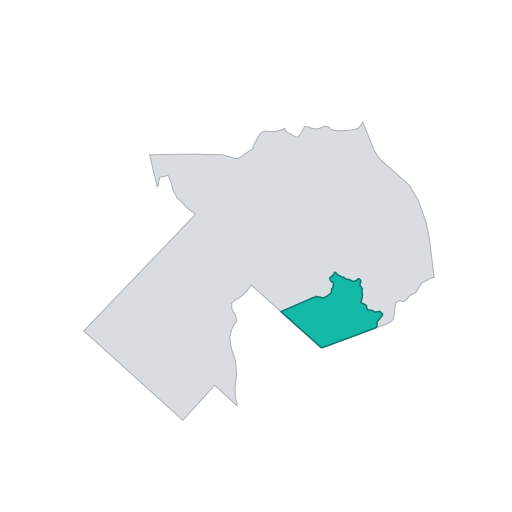 where Huehuetenango sits in Guatemala, rotated 222°
{"feature_id": "GTM-1943", "entity_name": "Huehuetenango", "entity_type": "Department", "adm_level": 1, "iso_a3": "GTM", "parent_name": "Guatemala", "parent_adm1": "", "projection": "robinson", "projection_center": [-91.471, 15.613], "detail": "fine", "context": "in_parent", "style": "filled", "palette": "teal", "viewbox_px": 512, "rotation_deg": 222, "n_neighbors": 0, "source": "natural_earth", "source_scale": "10m", "svg_char_len": 3203}
<svg xmlns="http://www.w3.org/2000/svg" viewBox="0 0 512 512"><g transform="rotate(222 256 256)"><path d="M109.2,359.2L111.2,357.1L112.8,352.1L114.8,347.0L113.6,341.1L112.8,336.3L115.1,329.4L114.9,324.1L115.9,320.9L119.3,318.8L121.0,314.9L111.6,301.2L111.6,298.0L112.8,294.2L120.5,279.5L129.7,262.1L139.8,242.9L145.9,231.4L168.0,231.4L182.7,231.3L201.3,231.3L221.5,231.3L234.8,231.3L240.2,231.2L239.3,223.7L240.0,215.3L242.4,207.8L242.4,204.5L238.4,200.4L230.8,198.0L226.5,194.4L226.5,189.9L224.6,184.4L220.9,177.9L213.2,171.3L201.5,164.5L191.5,155.4L183.3,144.0L176.4,136.7L171.0,133.6L169.8,132.0L185.4,132.1L200.2,132.3L200.3,115.9L200.4,101.4L200.5,85.0L227.3,85.0L259.3,85.0L292.5,85.1L318.5,85.1L333.9,85.1L333.2,105.5L332.5,129.0L331.9,146.3L331.2,169.4L330.5,193.1L329.5,225.3L328.8,246.1L329.2,246.6L337.9,245.6L350.8,246.5L354.0,246.4L357.9,248.2L361.0,248.8L367.6,253.5L375.3,257.0L380.2,249.9L377.6,245.6L375.6,243.4L375.9,241.4L402.8,260.0L399.6,262.8L392.8,269.5L380.5,280.8L369.5,290.9L358.8,300.0L349.3,308.3L348.1,309.1L336.0,315.0L334.0,317.7L331.4,329.4L330.2,332.3L332.4,338.8L334.6,348.8L333.9,354.0L325.5,360.5L321.7,366.3L320.0,370.0L318.4,369.1L315.8,368.8L309.8,370.2L306.9,370.6L304.5,372.2L304.3,375.8L305.9,381.7L306.5,384.7L304.8,386.1L297.4,389.6L294.4,393.1L291.6,398.5L288.4,400.7L285.0,400.3L282.6,401.1L277.5,405.1L269.7,413.0L265.6,418.8L265.5,423.1L266.3,427.0L238.1,413.2L228.7,410.9L189.1,411.2L172.2,405.7L152.8,395.3L139.8,385.8L109.2,359.2Z" fill="#d9dde1" stroke="#a8b0b8" stroke-width="1"/><path d="M118.8,283.0L121.5,277.8L127.3,266.7L133.1,255.6L138.2,246.0L141.7,239.1L143.1,236.6L144.7,233.4L145.6,232.1L146.8,231.5L150.1,231.5L160.2,231.5L170.3,231.5L180.4,231.4L190.5,231.4L200.2,231.4L191.2,251.2L190.5,252.7L185.7,263.4L185.5,263.7L184.2,265.2L184.3,265.7L184.4,265.9L184.4,266.1L184.0,266.3L183.4,266.4L183.1,266.5L182.8,266.9L180.8,268.5L180.6,268.5L180.1,268.5L179.9,268.6L179.7,268.6L178.6,269.6L178.3,269.7L178.0,269.7L177.8,269.7L177.6,269.9L177.4,270.2L177.3,271.2L177.1,272.0L176.7,273.0L176.4,273.4L176.3,273.8L176.2,274.1L176.1,276.1L175.7,276.8L175.5,277.2L175.5,277.5L175.5,278.0L175.5,278.5L175.6,279.0L175.8,279.3L175.9,279.5L176.0,279.7L176.2,280.1L177.7,282.0L177.8,282.3L177.8,282.6L177.8,283.6L177.9,284.1L178.2,284.9L178.7,285.6L179.1,286.2L180.5,287.6L180.8,287.7L181.2,287.7L183.3,287.4L184.3,287.6L186.3,288.7L186.5,290.2L185.8,293.2L185.9,293.7L186.3,294.9L186.7,296.6L185.6,296.9L184.9,297.0L183.1,296.6L182.5,296.6L180.8,297.2L177.6,297.9L177.0,298.3L176.7,299.0L174.8,298.9L174.0,299.1L172.2,299.9L171.1,300.9L167.9,301.7L167.1,301.9L166.8,302.1L166.5,302.4L165.5,304.0L165.1,304.9L165.1,305.2L164.9,307.3L164.9,307.5L164.5,307.7L164.3,307.9L161.8,308.0L160.4,306.1L160.1,305.3L160.1,304.5L159.6,304.0L154.7,302.6L154.3,301.5L153.6,300.7L152.8,300.1L151.4,298.8L150.0,297.1L148.8,295.3L147.8,293.2L147.4,292.1L147.4,291.7L146.2,291.8L142.2,293.0L140.7,292.9L138.2,291.1L137.6,290.8L137.1,290.9L136.6,291.1L135.3,291.9L133.1,293.4L130.7,293.6L129.7,294.4L127.2,297.5L127.0,297.8L123.3,297.6L122.5,296.9L121.8,288.2L121.6,287.0L120.5,286.5L119.2,284.7L118.8,283.0Z" fill="#14b8a6" stroke="#0f766e" stroke-width="1.5"/></g></svg>